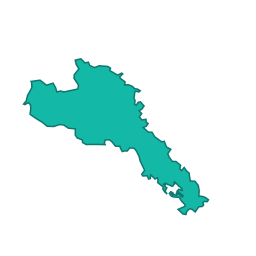 Shakhrisabz, Kashkadarya, Uzbekistan (Natural Earth projection), rotated 213°
{"feature_id": "79887680B91386955898676", "entity_name": "Shakhrisabz", "entity_type": "district", "adm_level": 2, "iso_a3": "UZB", "parent_name": "Uzbekistan", "parent_adm1": "Kashkadarya", "projection": "natural_earth1", "projection_center": [67.01, 38.95], "detail": "fine", "context": "isolated", "style": "filled", "palette": "teal", "viewbox_px": 256, "rotation_deg": 213, "n_neighbors": 0, "source": "geoboundaries", "source_scale": "gbopen_adm2", "svg_char_len": 3418}
<svg xmlns="http://www.w3.org/2000/svg" viewBox="0 0 256 256"><g transform="rotate(213 128 128)"><path d="M63.8,95.0L63.7,95.0L63.7,94.9L63.3,94.8L63.2,95.0L62.3,94.9L62.2,94.4L59.9,94.0L59.9,94.3L60.3,94.4L60.4,94.5L61.9,94.8L62.7,96.3L62.9,97.0L62.7,97.0L62.8,97.9L62.8,98.2L62.9,98.3L62.9,98.5L62.8,98.9L63.6,98.9L64.3,99.1L64.5,99.1L65.6,99.6L66.2,99.8L66.4,100.0L66.7,100.0L67.4,100.0L67.7,100.2L67.7,100.4L67.4,100.5L65.8,100.7L65.8,101.0L66.2,101.1L66.2,101.7L66.5,101.9L66.6,102.1L66.5,102.3L64.9,102.2L64.7,102.3L64.4,102.4L64.0,102.2L63.6,102.3L63.0,102.7L62.7,102.8L62.3,102.8L62.1,102.7L61.8,102.8L60.9,102.9L60.7,103.0L60.0,103.1L59.6,103.0L59.4,103.0L59.2,103.1L59.0,103.5L58.6,104.2L58.8,105.3L58.7,105.8L58.5,106.4L59.2,106.6L59.2,107.6L59.8,107.8L59.7,108.2L58.2,108.0L57.6,107.7L55.0,107.4L54.4,106.9L53.5,106.9L51.7,106.9L51.1,106.6L50.5,106.5L50.3,106.7L49.6,106.3L49.6,105.7L48.6,105.4L48.6,105.0L48.9,105.1L49.8,105.2L50.4,104.8L50.5,104.4L51.3,104.3L52.0,104.4L52.2,102.3L51.0,101.9L51.0,101.7L50.4,101.6L48.8,101.5L48.6,101.5L45.1,101.4L45.1,100.7L44.7,99.9L45.1,99.7L46.0,99.4L46.0,99.6L45.9,99.7L46.0,100.1L47.0,100.3L47.2,100.5L47.7,100.5L48.5,100.7L48.5,100.2L49.1,100.3L49.1,100.5L50.5,100.6L51.9,100.9L51.6,100.5L51.6,100.2L51.9,99.8L51.7,99.6L51.7,99.3L51.1,99.2L50.7,98.7L50.6,98.1L50.8,97.9L51.1,97.8L53.8,97.0L54.1,97.1L54.4,97.9L56.9,98.0L57.0,97.7L57.5,97.7L57.5,96.8L57.6,95.7L57.1,95.8L56.4,95.7L56.2,94.8L55.8,94.8L55.8,95.3L55.6,95.3L55.3,96.3L54.1,96.7L53.9,95.9L54.1,94.5L52.5,94.9L47.3,97.7L43.5,95.9L38.2,94.7L37.6,93.2L39.5,90.4L41.7,87.0L35.2,85.8L32.3,87.0L33.3,89.9L32.3,93.9L29.8,94.7L25.9,94.2L25.8,100.3L23.0,102.7L22.6,104.5L24.6,106.2L23.9,108.0L21.4,109.4L21.4,111.6L25.1,111.9L27.7,111.3L30.0,110.4L31.5,109.4L34.1,114.1L37.8,118.1L42.9,119.8L46.9,117.5L52.3,123.5L55.2,123.8L59.4,125.5L59.9,121.5L62.3,122.0L63.6,125.4L69.6,126.0L72.7,124.1L77.6,126.0L80.6,128.0L80.5,133.5L85.4,133.0L90.4,136.6L92.2,134.7L100.9,135.2L105.5,137.5L108.9,135.6L115.5,136.7L113.6,139.5L113.6,142.8L115.6,142.6L117.7,145.1L120.7,142.3L124.6,143.5L124.3,147.5L128.1,148.5L126.7,151.3L126.5,155.2L131.8,156.7L133.4,155.2L133.5,151.5L135.3,151.5L137.2,155.1L139.2,156.0L140.6,159.4L141.9,161.6L141.4,163.1L138.5,164.1L138.0,165.9L141.3,165.8L143.8,164.5L146.5,165.3L151.4,164.5L154.1,162.2L155.6,165.1L161.8,165.5L162.8,166.7L161.8,170.4L163.2,170.6L165.5,166.7L174.6,166.2L175.2,168.6L178.3,168.7L185.9,164.6L189.2,160.3L194.1,159.6L197.1,161.6L199.6,159.1L205.1,160.4L209.2,156.2L206.2,153.2L201.4,150.9L202.1,143.4L200.4,140.3L192.9,137.0L191.3,133.4L196.8,127.9L201.3,123.4L204.9,122.2L207.4,119.5L210.7,122.4L215.3,124.8L219.6,119.5L227.8,120.2L234.6,114.3L234.0,114.1L231.6,110.9L230.6,109.4L230.0,100.7L228.8,97.2L228.1,95.3L228.6,91.2L227.3,91.4L225.3,95.0L222.5,94.4L220.2,91.5L217.6,86.1L210.8,85.9L202.3,86.1L196.7,85.4L191.1,88.8L187.2,93.7L183.5,95.5L177.8,95.4L171.7,98.6L168.4,93.4L165.2,92.0L159.7,93.1L158.2,91.1L154.0,91.4L151.4,93.2L144.2,97.9L138.1,101.6L139.6,102.4L140.6,105.6L137.1,108.0L133.5,107.6L128.6,105.9L124.9,108.3L123.2,106.8L120.0,105.1L118.2,107.1L116.1,108.3L115.8,112.1L111.8,114.4L108.1,113.1L103.2,110.2L100.0,107.1L96.3,104.8L91.0,101.6L91.3,96.7L89.5,95.8L85.8,98.4L82.9,96.4L81.7,97.8L83.5,101.0L80.6,100.6L77.5,99.9L76.2,102.2L74.7,101.1L73.4,98.4L66.2,97.7L65.6,95.8L63.8,95.0Z" fill="#14b8a6" stroke="#0f766e" stroke-width="1.5"/></g></svg>